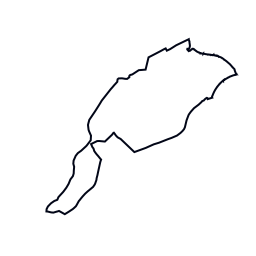 the district of Pulang Pisau, Kalimantan Tengah, Indonesia, rotated 224°
{"feature_id": "22746128B75083695068268", "entity_name": "Pulang Pisau", "entity_type": "district", "adm_level": 2, "iso_a3": "IDN", "parent_name": "Indonesia", "parent_adm1": "Kalimantan Tengah", "projection": "robinson", "projection_center": [113.906, -2.505], "detail": "fine", "context": "isolated", "style": "outline", "palette": "ink", "viewbox_px": 256, "rotation_deg": 224, "n_neighbors": 0, "source": "geoboundaries", "source_scale": "gbopen_adm2", "svg_char_len": 4845}
<svg xmlns="http://www.w3.org/2000/svg" viewBox="0 0 256 256"><g transform="rotate(224 128 128)"><path d="M113.6,22.1L112.4,26.8L111.4,31.3L111.2,33.5L111.2,34.2L111.1,35.4L111.5,37.2L112.6,41.2L112.7,42.8L112.9,44.7L113.1,47.5L113.2,51.0L113.0,54.1L112.2,61.4L112.7,64.3L113.1,65.4L114.0,67.3L114.2,67.8L114.7,68.8L115.7,70.1L117.2,72.8L119.1,75.8L124.2,84.1L125.1,85.9L125.4,86.6L126.7,86.7L129.8,87.1L132.3,87.3L134.3,87.6L135.8,87.9L136.3,88.0L138.6,89.3L140.3,89.5L141.7,90.1L143.4,90.8L142.8,92.5L141.1,97.2L139.6,98.7L135.2,102.2L135.0,107.3L134.8,112.1L135.1,114.2L134.9,114.8L132.9,114.5L131.6,114.2L129.3,114.1L128.5,114.2L125.7,115.0L106.7,115.1L101.4,126.0L98.1,134.2L95.5,138.9L91.5,147.7L89.8,151.1L87.5,156.6L86.8,160.9L86.7,163.7L86.9,166.1L87.6,168.1L91.2,174.2L93.4,179.3L93.7,180.5L94.1,183.5L94.3,188.1L93.4,193.9L93.2,197.6L93.3,199.0L92.6,200.4L92.7,202.1L92.4,204.0L92.1,204.3L92.1,204.5L91.5,204.7L90.7,204.2L88.6,208.1L88.8,208.1L89.6,209.4L89.6,209.8L90.2,211.1L91.1,213.6L91.7,215.7L92.0,217.1L92.4,219.4L92.4,219.7L92.5,219.8L92.5,220.2L92.6,221.4L92.6,221.6L92.6,222.1L92.7,222.3L92.8,223.6L92.7,223.8L92.8,223.9L92.7,224.2L92.7,226.3L92.7,226.5L92.6,227.1L92.5,227.9L92.5,228.0L92.4,228.0L92.5,228.1L92.4,228.3L92.3,229.2L92.2,229.3L92.3,229.4L92.2,229.5L92.1,230.0L92.0,230.4L92.1,230.5L91.9,230.7L91.7,231.5L91.5,231.9L91.2,233.2L91.2,233.5L90.9,233.9L90.8,234.2L90.7,234.8L90.5,235.2L90.4,235.7L90.4,235.8L90.1,236.3L88.9,238.9L87.9,240.5L87.3,241.2L87.3,241.4L87.3,241.5L87.5,241.7L87.4,241.8L87.5,241.8L87.6,241.7L87.6,241.8L87.7,242.0L87.8,241.9L87.9,242.0L88.0,242.0L88.4,242.2L88.5,242.3L88.8,242.4L91.3,243.6L91.5,243.7L91.8,244.0L92.1,244.2L92.6,244.3L93.8,244.3L94.4,244.3L94.6,244.4L95.0,244.3L96.5,244.5L97.6,244.6L97.8,244.6L99.3,244.7L100.3,244.6L102.2,244.5L103.7,244.4L105.3,244.2L105.7,244.1L105.9,244.0L106.1,243.9L106.3,244.0L107.3,244.0L107.9,243.9L108.7,243.6L108.9,243.7L109.1,243.7L110.4,243.3L110.8,243.1L111.6,242.8L111.9,242.6L112.0,242.4L112.2,242.5L112.8,242.3L113.0,242.3L113.0,242.2L114.2,241.7L114.4,241.4L114.7,241.4L114.8,241.3L114.9,241.1L115.0,241.1L115.4,240.9L115.4,241.0L115.5,240.9L115.7,240.7L115.9,240.7L116.0,240.6L116.3,240.5L116.3,240.4L116.4,240.2L116.5,240.2L116.8,240.1L117.0,240.0L117.1,239.8L117.2,239.7L117.3,239.8L117.3,239.7L117.6,239.5L117.7,239.4L117.8,239.3L117.9,239.1L118.1,239.1L118.5,238.7L118.8,238.5L118.9,238.4L119.1,238.3L119.1,238.1L119.3,238.1L119.5,237.9L119.8,237.8L119.8,237.7L120.0,237.6L120.4,237.4L120.5,237.3L120.5,237.2L120.8,237.0L121.0,236.9L121.2,236.7L121.3,236.5L121.4,236.4L121.5,236.5L121.7,236.3L121.9,236.2L122.1,236.0L122.5,235.8L122.6,235.7L122.9,235.4L123.0,235.4L123.3,235.2L123.6,235.0L123.7,234.9L124.5,234.4L124.9,234.2L125.0,234.1L125.2,233.9L125.4,233.8L125.4,233.7L125.5,233.8L125.5,233.6L125.9,233.4L126.3,233.2L126.6,232.9L126.8,232.8L126.9,232.7L126.9,232.8L127.1,232.7L127.4,232.4L127.5,232.4L127.9,232.1L128.1,232.2L128.5,231.9L128.8,231.8L129.0,231.7L129.4,231.5L129.5,231.6L129.8,231.4L130.1,231.3L130.4,231.2L130.8,231.1L131.3,230.9L131.8,230.8L132.4,230.8L132.5,230.7L132.8,230.7L133.1,230.7L133.4,230.6L134.0,230.6L134.4,230.4L134.6,230.5L134.8,230.4L135.1,230.5L135.7,230.5L136.2,230.2L136.3,230.1L136.7,229.8L136.8,229.6L136.7,229.1L136.8,229.0L136.8,228.8L136.8,228.6L136.9,228.4L136.9,228.2L137.0,227.4L137.1,227.2L137.0,226.9L137.4,226.2L137.5,226.1L137.7,225.5L139.6,225.6L140.0,225.7L140.3,226.2L140.0,226.5L139.6,226.7L139.3,227.0L139.3,227.6L139.4,227.9L139.4,228.2L139.5,228.3L139.6,228.5L139.8,229.0L140.2,229.7L140.4,229.9L140.6,230.2L141.0,230.5L141.4,230.9L142.1,231.3L142.2,231.5L142.3,231.6L142.5,231.7L143.5,232.5L143.8,232.7L143.8,232.8L144.0,232.9L144.4,233.2L144.9,233.4L145.1,233.5L145.9,233.9L146.0,234.0L150.8,221.0L152.5,214.0L153.8,210.6L156.2,211.4L156.8,209.8L158.0,205.9L159.7,200.8L162.3,193.1L155.9,182.2L160.4,177.1L162.1,169.6L162.2,169.4L162.4,169.1L162.5,168.8L163.2,167.8L163.3,166.8L163.1,166.1L162.3,165.5L162.3,165.3L162.5,164.3L162.6,163.9L162.6,163.4L162.7,162.8L164.2,161.4L166.4,159.9L167.3,159.1L169.2,157.1L169.3,155.8L168.4,154.5L168.0,154.1L167.8,153.8L167.8,153.5L167.7,150.8L167.7,149.6L167.6,148.2L167.6,147.8L167.5,146.8L167.4,144.0L166.0,130.2L165.9,129.4L165.2,126.4L164.6,123.6L163.7,119.2L163.2,116.7L161.5,107.0L159.8,103.9L158.9,102.4L155.1,99.3L153.5,98.5L149.3,96.8L147.6,94.8L146.3,93.3L145.6,87.5L145.5,86.3L145.5,85.8L145.9,79.1L146.6,75.3L146.6,74.7L146.3,71.7L144.5,66.8L142.5,64.3L139.8,62.7L137.3,59.6L135.5,57.6L134.2,55.1L133.7,51.0L131.9,46.5L130.9,42.3L130.3,37.7L130.2,36.6L130.1,31.8L130.0,29.8L129.0,27.4L129.0,27.2L129.4,26.3L130.3,24.4L131.0,20.9L131.1,20.2L131.1,15.9L130.2,13.1L128.7,11.3L127.6,12.2L125.0,13.7L124.4,14.1L122.9,15.3L121.1,18.5L120.7,19.1L120.0,20.4L113.6,22.1Z" fill="none" stroke="#020617" stroke-width="2"/></g></svg>